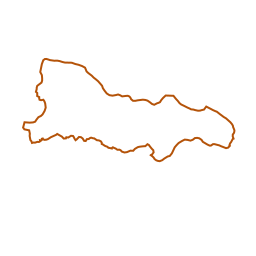 the district of Lawas, Sarawak, Malaysia, rotated 290°
{"feature_id": "92858781B12558233193799", "entity_name": "Lawas", "entity_type": "district", "adm_level": 2, "iso_a3": "MYS", "parent_name": "Malaysia", "parent_adm1": "Sarawak", "projection": "robinson", "projection_center": [115.436, 4.467], "detail": "fine", "context": "isolated", "style": "outline", "palette": "amber", "viewbox_px": 256, "rotation_deg": 290, "n_neighbors": 0, "source": "geoboundaries", "source_scale": "gbopen_adm2", "svg_char_len": 3060}
<svg xmlns="http://www.w3.org/2000/svg" viewBox="0 0 256 256"><g transform="rotate(290 128 128)"><path d="M153.6,230.2L154.1,230.8L155.9,229.3L157.7,228.7L159.3,229.2L160.7,229.2L162.2,228.8L163.4,227.8L164.8,226.5L166.0,225.8L167.1,224.5L168.4,222.3L170.6,216.8L171.1,214.1L172.1,210.9L172.3,210.1L173.7,205.9L173.7,204.3L173.9,201.6L174.2,199.6L174.9,194.2L171.3,193.1L170.0,191.1L169.0,189.8L168.2,187.9L167.8,185.0L167.7,183.1L167.1,180.9L167.4,179.1L167.5,177.1L168.0,173.0L168.3,169.9L169.0,167.9L170.4,165.7L171.8,163.0L173.8,159.7L172.2,154.7L171.4,152.3L168.3,150.7L165.6,149.7L163.2,149.2L162.1,148.1L161.2,146.9L158.8,144.7L158.8,142.3L159.6,140.0L160.4,137.0L160.3,134.8L159.7,132.3L157.3,127.6L156.0,125.5L155.3,123.4L156.1,121.1L157.4,119.8L158.1,118.5L158.2,116.8L157.4,115.0L155.7,111.7L156.1,109.3L156.1,107.2L154.9,105.5L153.1,102.4L152.5,99.3L153.2,96.2L155.0,93.3L156.8,90.8L158.8,89.2L161.7,84.0L162.8,81.0L163.6,78.5L164.8,76.0L166.1,71.8L167.0,69.7L168.7,68.2L170.0,67.0L170.5,63.7L170.5,59.9L170.1,56.6L170.1,52.8L167.9,46.3L167.6,43.8L167.5,40.9L167.1,38.5L166.0,35.7L165.1,31.4L165.1,29.8L165.0,27.8L164.4,26.3L162.7,25.2L158.5,25.2L150.6,26.4L148.2,29.0L145.4,30.3L143.2,31.1L141.1,31.2L136.6,28.3L134.8,28.4L133.2,28.9L130.5,29.1L129.9,30.7L128.6,31.2L127.0,31.7L126.7,34.0L125.5,34.4L124.3,35.2L124.4,36.8L125.6,38.8L124.4,40.4L122.7,41.8L119.0,43.7L115.5,43.8L111.6,43.1L109.6,42.1L107.5,40.1L104.4,39.1L102.2,38.6L100.8,36.9L99.4,33.8L98.0,28.8L92.5,29.3L91.3,31.1L92.0,35.9L89.1,37.7L86.9,38.3L83.3,40.4L82.5,41.8L81.1,42.9L82.1,44.3L82.4,45.6L84.0,47.6L84.4,49.1L85.5,50.0L86.4,49.5L86.5,50.6L87.1,51.0L88.4,50.7L89.0,51.5L88.3,52.3L88.3,53.6L89.0,55.1L90.1,56.5L93.0,58.7L97.0,62.8L98.2,63.5L97.9,65.2L97.3,68.8L96.1,71.2L97.0,73.2L98.2,73.2L98.6,75.1L100.0,76.2L101.2,77.1L101.7,79.1L100.8,80.3L99.7,81.4L98.6,82.9L99.8,83.7L102.8,85.0L103.3,86.9L102.7,88.9L100.9,91.2L101.3,92.7L103.4,93.1L104.2,94.9L105.3,95.5L106.3,96.6L106.4,98.8L106.7,99.8L105.9,102.9L106.4,105.0L106.2,107.0L105.3,108.3L104.0,108.8L103.9,110.3L103.4,112.0L103.3,113.1L103.3,115.1L102.7,116.3L103.0,117.9L103.2,119.8L103.7,119.7L104.7,120.4L104.5,121.9L104.5,123.3L104.0,125.1L104.0,125.8L104.7,127.3L104.6,128.6L103.7,130.4L103.8,133.1L105.0,135.3L106.3,136.7L107.5,138.0L108.4,140.7L110.7,141.6L113.3,143.7L114.2,145.0L115.0,146.5L116.1,148.7L116.8,150.4L118.3,151.3L119.4,151.8L119.2,153.4L118.1,155.0L117.2,156.5L116.5,157.7L115.8,159.3L113.9,160.4L111.1,159.6L110.5,158.8L110.3,158.7L109.7,160.7L109.0,162.2L107.9,163.6L107.3,165.6L107.3,167.4L107.7,169.2L109.5,171.2L111.6,172.5L114.8,175.0L116.0,176.8L119.2,177.9L122.4,178.2L125.8,178.5L128.5,179.5L131.2,180.7L134.4,183.3L136.5,185.3L137.2,188.1L137.5,191.0L139.1,192.9L141.4,194.3L142.4,196.4L142.7,198.5L142.0,201.2L140.6,203.0L139.6,208.3L139.4,210.7L139.8,211.9L141.9,213.4L142.4,214.7L142.9,219.7L142.7,221.7L142.7,223.4L142.6,227.0L143.8,228.8L146.1,229.8L146.4,229.4L146.5,229.2L148.5,229.2L150.0,229.7L152.2,230.0L153.6,230.2Z" fill="none" stroke="#b45309" stroke-width="2"/></g></svg>